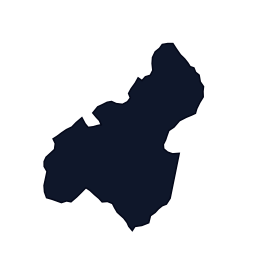 Macuco, Rio de Janeiro, Brazil (Natural Earth projection), rotated 202°
{"feature_id": "56859067B22562861602233", "entity_name": "Macuco", "entity_type": "district", "adm_level": 2, "iso_a3": "BRA", "parent_name": "Brazil", "parent_adm1": "Rio de Janeiro", "projection": "natural_earth1", "projection_center": [-42.27, -22.033], "detail": "fine", "context": "isolated", "style": "filled", "palette": "ink", "viewbox_px": 256, "rotation_deg": 202, "n_neighbors": 0, "source": "geoboundaries", "source_scale": "gbopen_adm2", "svg_char_len": 1350}
<svg xmlns="http://www.w3.org/2000/svg" viewBox="0 0 256 256"><g transform="rotate(202 128 128)"><path d="M63.9,71.8L62.6,78.6L71.0,123.7L77.1,120.7L82.4,120.5L87.1,122.1L89.1,126.0L88.7,131.0L89.0,135.6L89.2,140.9L85.7,146.1L83.0,154.0L78.0,159.8L73.9,163.8L71.0,166.9L71.5,171.7L71.0,178.5L69.9,185.0L72.2,190.1L73.5,194.7L78.3,197.9L81.9,203.7L86.2,205.0L89.4,208.4L93.4,208.2L97.0,210.8L101.4,213.3L106.8,215.5L112.9,219.5L118.0,223.1L122.6,221.3L127.5,218.3L128.6,213.7L131.3,208.9L131.7,202.6L129.8,196.8L126.6,190.8L127.1,185.2L131.1,182.0L132.8,177.2L137.4,178.3L138.1,172.5L139.8,165.6L140.4,160.3L137.1,156.8L138.3,152.2L141.9,147.9L148.1,146.2L153.2,146.4L157.0,144.0L160.6,139.9L164.0,136.3L166.3,128.8L161.3,126.1L157.4,124.3L154.0,121.0L157.4,118.7L160.6,116.2L165.2,113.6L169.4,115.9L174.6,120.3L178.1,113.6L180.4,107.9L184.5,103.4L187.7,98.6L190.6,93.8L193.4,89.9L189.6,86.4L188.1,80.6L190.2,76.1L193.0,70.3L193.2,65.5L191.3,60.9L186.8,57.4L184.3,43.2L181.5,37.5L177.4,32.9L171.8,33.5L166.9,33.7L161.8,33.9L157.6,37.4L153.2,38.2L149.8,44.8L147.0,51.3L144.7,56.9L139.8,55.9L134.1,53.7L128.6,51.9L124.3,49.8L119.5,52.2L114.1,52.2L110.6,49.1L106.3,45.8L98.3,42.9L93.4,40.0L90.4,37.1L85.6,34.5L84.7,39.3L78.7,42.8L73.3,47.9L74.3,55.1L71.2,59.9L69.5,64.5L67.1,68.8L63.9,71.8Z" fill="#0f172a" stroke="#020617" stroke-width="1.5"/></g></svg>